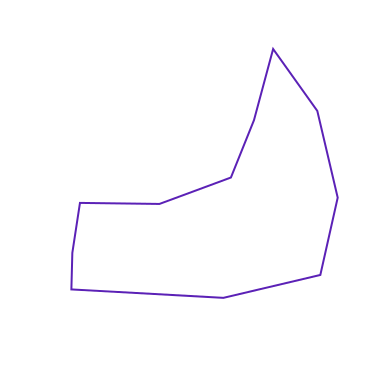 Gamprin, Mercator projection, rotated 254°
{"feature_id": "LIE-4897", "entity_name": "Gamprin", "entity_type": "state/province", "adm_level": 1, "iso_a3": "LIE", "parent_name": "Liechtenstein", "parent_adm1": "", "projection": "mercator", "projection_center": [9.505, 47.21], "detail": "fine", "context": "isolated", "style": "outline", "palette": "violet", "viewbox_px": 384, "rotation_deg": 254, "n_neighbors": 0, "source": "natural_earth", "source_scale": "10m", "svg_char_len": 304}
<svg xmlns="http://www.w3.org/2000/svg" viewBox="0 0 384 384"><g transform="rotate(254 192 192)"><path d="M76.9,292.5L81.6,193.0L131.6,49.2L166.5,60.2L212.4,81.3L189.5,157.4L195.2,233.4L244.0,271.4L307.1,309.4L235.4,334.8L146.4,330.5L76.9,292.5Z" fill="none" stroke="#5b21b6" stroke-width="2"/></g></svg>